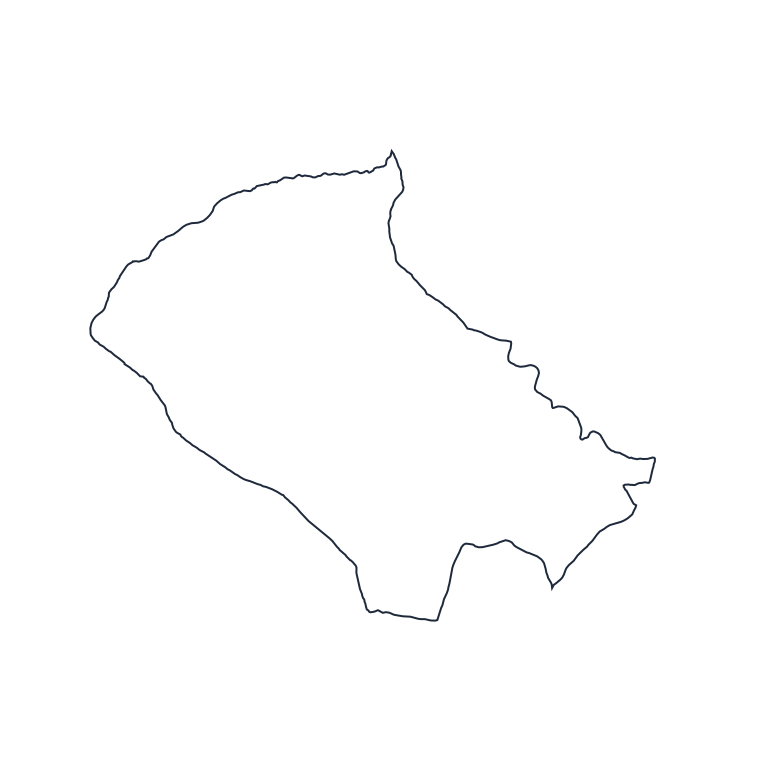 the district of Dige, Gash Barka, Eritrea, rotated 36°
{"feature_id": "51966322B2269469169299", "entity_name": "Dige", "entity_type": "district", "adm_level": 2, "iso_a3": "ERI", "parent_name": "Eritrea", "parent_adm1": "Gash Barka", "projection": "orthographic", "projection_center": [37.574, 15.721], "detail": "fine", "context": "isolated", "style": "outline", "palette": "slate", "viewbox_px": 768, "rotation_deg": 36, "n_neighbors": 0, "source": "geoboundaries", "source_scale": "gbopen_adm2", "svg_char_len": 6165}
<svg xmlns="http://www.w3.org/2000/svg" viewBox="0 0 768 768"><g transform="rotate(36 384 384)"><path d="M639.9,450.2L639.4,446.7L640.2,444.5L641.7,438.6L642.0,435.8L641.6,432.7L639.9,426.6L639.8,425.4L640.0,421.9L641.4,415.5L641.4,408.8L642.7,401.0L643.9,396.2L643.9,393.9L644.8,388.3L644.8,380.7L645.2,376.6L647.4,371.5L648.2,368.7L649.7,365.3L656.9,356.0L658.6,353.0L660.1,349.4L661.5,343.6L660.6,339.5L660.1,335.9L659.3,333.9L656.7,334.2L655.6,333.9L643.1,327.9L641.1,327.6L638.3,326.2L637.5,325.3L638.1,323.9L641.0,321.5L643.0,320.6L643.6,320.0L646.3,318.4L647.8,315.5L649.2,313.6L650.1,313.1L652.9,310.1L655.8,308.7L656.5,307.9L655.7,305.1L651.4,295.1L650.6,292.5L649.4,290.3L648.7,287.6L646.9,285.0L645.9,284.9L644.5,285.6L641.2,289.7L637.6,292.5L635.9,293.3L634.3,294.5L633.1,296.0L629.0,297.9L627.5,298.1L626.4,299.3L625.2,299.8L620.7,300.3L616.9,301.0L615.5,301.0L611.0,303.3L609.6,303.4L606.8,304.2L603.5,304.0L601.5,303.6L599.2,302.7L589.0,298.1L586.3,297.9L582.1,298.8L580.8,299.6L579.7,301.7L579.5,303.0L580.2,307.2L579.3,308.7L578.1,310.0L577.3,312.3L575.9,312.9L574.9,312.6L573.9,311.7L573.3,309.6L571.1,305.7L569.9,304.1L568.4,302.9L560.7,297.8L557.4,297.4L553.0,296.1L546.2,296.1L543.6,296.6L542.1,297.2L538.0,299.8L535.2,303.7L534.6,304.2L533.6,303.8L530.4,300.2L528.8,299.1L526.5,299.1L519.8,299.9L516.2,299.8L512.8,300.4L509.4,299.6L508.1,298.2L507.3,296.6L505.0,290.5L504.1,287.0L502.9,284.0L501.2,282.4L499.5,281.5L498.2,281.1L496.3,281.0L494.5,281.3L491.8,282.3L490.3,283.7L487.7,286.8L484.7,289.5L483.6,290.2L479.8,291.6L477.7,291.6L474.2,292.3L471.7,292.1L470.4,291.3L468.3,288.8L466.8,285.5L465.6,281.0L463.1,276.4L461.8,275.2L457.6,277.0L452.8,280.0L450.4,281.0L441.9,283.4L437.2,284.4L433.1,284.8L430.3,285.6L427.2,286.6L425.0,287.7L423.9,287.8L419.0,290.1L412.2,287.7L403.9,286.2L401.8,285.5L394.4,285.2L391.6,284.8L387.8,285.3L384.7,284.8L378.8,284.7L375.9,285.3L372.2,285.2L368.2,285.4L366.1,286.1L365.4,286.0L364.1,285.1L361.8,284.0L354.9,282.9L349.9,281.6L346.8,281.3L344.1,280.5L342.2,279.3L338.3,279.3L337.1,279.6L333.2,278.9L329.1,279.0L325.6,278.6L321.8,277.4L320.3,276.2L317.0,272.4L310.6,266.6L307.7,265.4L302.8,261.9L298.6,257.5L297.2,255.4L293.1,251.3L292.0,249.0L291.7,247.4L290.7,244.4L289.1,242.8L287.6,240.4L287.3,239.0L287.0,238.7L286.3,234.2L285.2,231.8L284.7,228.1L285.8,217.8L285.4,216.0L284.3,213.5L281.7,211.6L280.0,209.4L277.1,207.5L276.6,206.5L274.6,204.5L273.3,202.7L271.8,201.3L267.9,199.5L261.7,195.0L260.1,194.4L256.9,192.3L253.4,191.1L254.0,192.5L254.2,193.4L255.0,194.4L254.9,195.1L255.4,196.0L255.1,197.4L254.5,198.6L254.4,200.6L254.8,202.1L256.4,204.9L256.6,206.0L255.5,208.6L254.5,209.3L252.5,211.9L251.2,212.6L249.7,214.9L249.5,215.6L249.8,217.5L248.3,221.0L247.7,221.8L246.8,221.8L245.7,221.4L245.0,221.6L243.8,223.1L243.3,224.6L241.5,227.0L240.1,227.6L237.7,227.6L234.5,229.7L228.7,238.2L226.7,239.0L225.3,240.6L220.0,242.9L217.4,246.3L216.3,247.0L215.5,247.5L213.0,247.8L212.3,248.2L211.4,249.4L210.4,252.8L208.4,254.6L207.1,257.0L206.6,257.5L205.0,258.6L202.7,259.1L197.2,262.0L195.9,263.9L195.1,264.2L193.0,264.4L192.0,265.0L191.1,266.8L190.0,270.6L189.3,271.3L183.5,274.4L181.8,275.8L180.2,280.2L179.0,282.1L178.9,283.7L178.3,284.2L177.3,284.3L176.3,285.6L175.2,286.2L173.9,287.8L172.6,290.8L170.4,292.0L169.7,293.2L164.8,298.6L164.4,301.8L164.2,302.2L163.4,302.6L163.2,303.7L163.2,305.1L162.2,306.8L156.9,309.8L154.8,313.5L153.7,314.2L152.9,315.2L151.1,318.3L149.4,320.5L146.3,326.7L144.9,328.8L143.8,331.7L142.8,335.7L142.3,339.9L142.7,341.7L143.7,344.6L143.8,349.8L143.3,353.5L142.1,357.9L141.0,359.8L138.7,362.9L133.8,367.0L130.8,371.0L130.3,372.0L129.0,375.0L127.5,381.3L125.6,386.9L121.6,392.9L120.7,396.5L119.4,398.4L118.3,401.1L118.2,413.5L119.2,417.4L119.4,420.5L119.0,421.3L118.4,421.8L118.3,422.8L117.1,424.7L113.8,429.1L111.7,430.1L110.0,431.4L109.5,432.2L108.8,432.3L108.6,433.7L106.8,437.6L106.5,440.1L106.9,451.6L107.5,453.7L107.6,456.3L108.2,458.9L108.5,464.1L107.8,467.8L107.8,471.1L107.9,471.9L110.0,475.2L110.2,476.6L111.0,478.2L111.4,480.6L113.5,486.9L113.6,489.4L113.3,491.3L111.9,495.8L111.1,499.0L111.0,502.9L111.6,506.7L113.6,511.4L116.9,515.6L118.2,516.8L121.7,518.1L124.7,518.9L128.1,518.5L130.8,519.2L135.3,518.6L138.2,519.0L142.5,519.0L144.0,518.6L148.7,519.1L156.1,519.1L161.4,519.5L162.0,519.8L162.4,520.4L168.8,520.0L172.6,520.5L173.3,520.2L177.4,520.3L182.0,521.1L184.2,520.1L184.8,519.5L185.4,519.5L186.0,519.9L188.5,519.9L191.1,520.7L194.4,521.1L195.2,520.9L197.6,521.7L200.7,524.0L204.9,525.5L207.4,526.1L212.9,528.3L219.4,530.2L220.7,531.1L226.1,536.0L229.3,537.4L231.7,538.9L235.3,540.1L236.9,541.6L239.9,543.7L243.8,545.0L245.1,545.1L248.9,544.6L250.3,545.4L251.7,545.7L252.7,545.5L257.3,546.0L261.7,545.8L264.9,546.1L269.9,545.6L273.4,545.8L279.0,545.0L280.2,545.2L293.3,544.6L298.5,545.1L304.6,544.7L307.7,544.9L309.6,544.5L316.4,544.4L319.2,543.9L321.9,543.9L326.3,543.4L328.7,542.8L332.9,541.3L340.9,539.2L343.4,538.2L346.4,537.8L349.0,536.6L355.4,534.9L361.0,534.0L366.6,533.6L367.8,533.1L370.5,533.9L374.8,534.2L378.0,534.8L380.1,534.8L386.1,535.6L391.4,536.9L403.4,539.2L431.1,540.9L434.7,541.4L441.4,543.3L444.4,543.8L445.5,544.3L453.6,545.0L454.6,545.5L459.9,546.4L460.5,546.2L463.1,546.4L467.7,547.5L469.7,548.7L472.2,552.4L473.4,553.7L485.1,564.0L489.8,567.0L490.5,567.8L492.9,569.5L494.6,569.9L496.4,571.7L498.1,572.7L499.9,574.4L502.6,576.5L504.8,576.4L505.5,576.9L506.3,576.9L507.3,576.6L509.5,574.4L510.4,573.3L511.8,570.9L512.3,570.5L517.6,569.8L519.6,567.5L522.7,565.9L527.8,564.8L535.7,560.9L542.2,556.7L549.3,554.0L551.8,552.7L555.3,550.2L560.7,547.9L564.7,545.2L565.9,543.6L561.9,531.7L561.3,528.7L559.0,522.8L557.7,516.1L556.6,512.5L555.7,510.8L554.1,506.7L547.4,492.6L546.6,490.3L545.5,485.8L543.9,476.2L542.6,470.5L542.8,467.3L543.8,465.3L545.2,464.3L550.1,461.7L551.6,461.5L553.2,461.7L556.6,460.4L559.6,458.1L567.0,449.6L569.6,446.0L570.2,444.5L574.2,438.9L577.0,437.7L579.2,437.2L580.7,437.1L584.6,438.1L587.4,438.0L598.4,436.4L600.6,435.5L609.2,433.4L614.0,433.4L615.6,433.7L618.8,434.9L623.5,438.6L626.4,441.3L628.9,442.9L630.6,444.3L636.3,446.8L637.8,447.9L639.9,450.2Z" fill="none" stroke="#1e293b" stroke-width="2"/></g></svg>